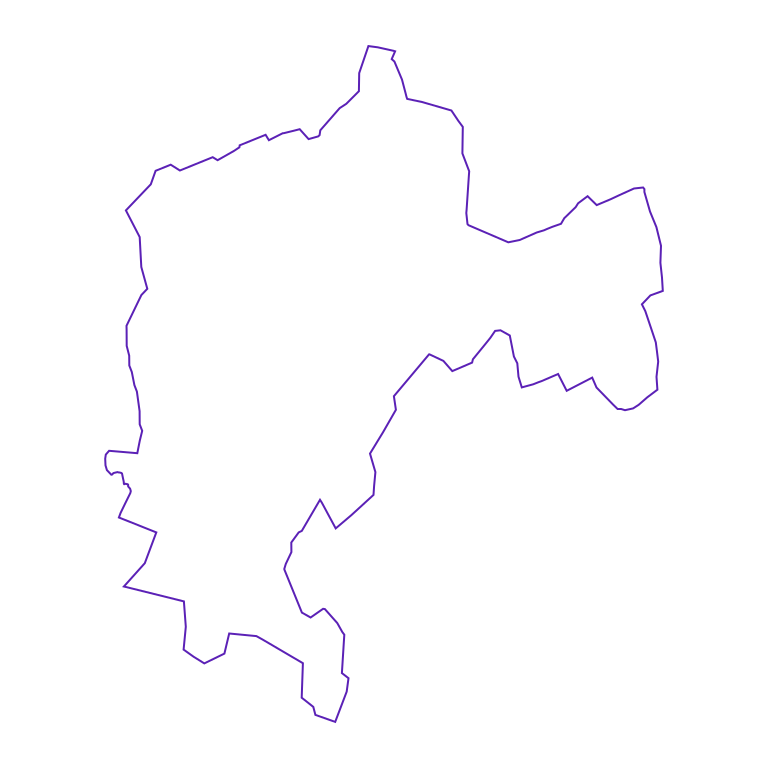 the district of Jama'Are, Bauchi, Nigeria
{"feature_id": "59680162B54185205976265", "entity_name": "Jama'Are", "entity_type": "district", "adm_level": 2, "iso_a3": "NGA", "parent_name": "Nigeria", "parent_adm1": "Bauchi", "projection": "equal_earth", "projection_center": [9.925, 11.651], "detail": "fine", "context": "isolated", "style": "outline", "palette": "violet", "viewbox_px": 768, "rotation_deg": 0, "n_neighbors": 0, "source": "geoboundaries", "source_scale": "gbopen_adm2", "svg_char_len": 2671}
<svg xmlns="http://www.w3.org/2000/svg" viewBox="0 0 768 768"><path d="M662.8,290.9L662.0,277.6L660.4,262.8L661.0,245.8L656.4,227.1L650.0,211.5L644.4,192.0L644.4,189.1L643.1,187.5L634.0,188.5L619.9,194.9L610.7,199.2L596.7,205.1L587.6,196.2L578.1,203.3L575.7,207.1L564.9,217.6L564.4,218.0L561.0,223.8L552.4,226.8L547.2,228.9L544.0,230.3L536.7,232.5L519.7,240.0L508.3,242.3L468.5,225.2L467.5,224.1L466.3,213.0L466.6,209.7L468.9,175.3L469.2,171.3L462.4,153.4L462.8,126.9L458.3,120.8L451.4,110.5L422.0,102.0L407.2,98.9L406.5,96.9L405.6,93.3L402.0,79.6L394.4,61.5L391.7,59.1L395.1,51.3L393.5,50.8L377.7,47.3L368.4,46.1L359.2,73.1L358.9,91.2L346.3,103.8L339.7,108.1L320.3,130.3L319.6,135.1L318.2,136.4L308.6,139.1L299.7,129.2L293.9,130.7L283.7,133.2L282.8,133.2L268.9,140.2L265.6,134.8L239.7,145.3L239.4,147.3L234.0,150.9L217.6,160.2L212.7,157.2L179.9,170.5L170.7,164.7L155.6,170.8L150.8,184.3L125.9,210.4L139.7,237.1L139.7,237.3L141.3,267.0L147.3,288.8L141.4,295.0L126.5,325.8L126.6,329.6L126.7,345.9L127.4,348.6L129.2,355.7L129.3,365.5L131.8,372.0L134.4,385.1L136.9,391.6L139.6,411.2L139.7,424.3L142.2,430.8L139.8,440.6L137.3,453.2L109.1,450.8L105.8,454.6L105.2,458.7L105.5,465.4L106.9,470.1L111.3,474.7L112.2,474.5L113.4,473.1L114.9,472.7L117.5,472.1L118.4,472.4L119.6,472.5L121.2,472.9L122.0,473.5L122.2,474.4L123.0,478.3L123.4,480.1L123.6,481.0L123.8,482.4L123.8,483.3L124.1,484.1L124.7,484.1L125.2,483.8L125.6,483.8L126.2,483.9L126.6,484.1L127.3,484.1L128.0,484.5L128.2,485.0L128.1,485.7L128.2,486.5L130.1,488.7L130.8,491.1L130.3,493.1L125.9,502.0L125.4,503.0L120.6,512.9L118.9,517.5L156.3,532.4L144.8,563.2L123.9,586.5L183.9,601.4L185.8,626.8L183.6,649.6L193.7,656.8L204.3,663.4L224.4,653.6L229.2,633.5L256.4,636.1L262.5,639.5L302.9,663.2L301.7,697.7L313.3,706.9L315.4,714.9L335.2,721.9L346.7,691.6L348.5,678.2L341.9,673.1L344.3,634.7L342.3,632.0L337.3,623.1L324.9,609.1L323.1,608.8L310.6,617.5L301.9,612.6L284.4,569.6L284.3,568.9L285.8,563.9L291.4,552.1L291.3,542.5L298.7,532.4L301.8,530.9L320.0,499.8L321.8,502.6L335.7,528.4L351.3,515.2L373.5,494.9L374.1,486.0L375.4,472.1L370.0,453.6L377.8,440.8L383.0,432.3L395.9,409.8L393.9,396.2L429.1,354.3L429.4,354.3L443.4,360.9L452.3,371.1L472.1,362.6L472.9,359.3L485.3,344.1L490.3,337.9L495.1,330.9L500.5,330.3L509.8,335.5L513.9,356.5L517.3,363.3L518.5,376.7L521.8,387.4L533.2,384.3L538.5,382.2L541.6,381.1L558.1,374.0L566.7,390.8L592.2,377.6L596.5,387.5L612.9,404.4L617.6,409.0L621.1,409.0L625.0,410.2L633.1,408.4L638.7,404.8L647.3,397.3L657.4,389.7L656.5,376.8L657.4,368.7L658.2,361.6L656.9,350.9L655.8,342.4L651.5,329.5L645.3,311.1L641.9,304.3L650.4,295.4L662.8,290.9Z" fill="none" stroke="#5b21b6" stroke-width="2"/></svg>